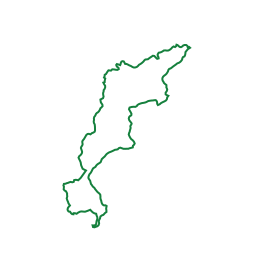 outline of Couto de Magalhães de Minas, Minas Gerais, Brazil, rotated 51°
{"feature_id": "56859067B29184273351224", "entity_name": "Couto de Magalhães de Minas", "entity_type": "district", "adm_level": 2, "iso_a3": "BRA", "parent_name": "Brazil", "parent_adm1": "Minas Gerais", "projection": "mercator", "projection_center": [-43.424, -18.078], "detail": "fine", "context": "isolated", "style": "outline", "palette": "green", "viewbox_px": 256, "rotation_deg": 51, "n_neighbors": 0, "source": "geoboundaries", "source_scale": "gbopen_adm2", "svg_char_len": 4781}
<svg xmlns="http://www.w3.org/2000/svg" viewBox="0 0 256 256"><g transform="rotate(51 128 128)"><path d="M128.4,76.4L127.2,77.0L125.6,77.6L124.2,76.5L123.8,74.8L122.9,73.4L121.7,72.9L120.5,72.6L119.6,71.7L118.7,71.1L117.0,71.5L115.4,71.7L114.3,71.3L113.2,71.3L112.0,70.8L110.9,69.9L110.2,68.4L110.1,66.8L110.2,65.5L110.1,64.1L109.7,62.7L109.1,61.2L108.3,60.1L108.0,58.7L108.5,57.5L108.6,55.8L108.6,54.1L108.7,52.5L108.8,51.0L108.8,49.0L109.4,47.3L109.5,45.6L109.3,44.3L108.9,42.9L108.0,41.9L107.5,40.6L107.9,39.1L107.3,37.8L106.3,36.6L105.2,35.6L104.8,33.9L104.4,31.8L104.7,29.3L103.4,29.5L102.7,30.7L101.6,30.2L100.2,30.5L99.1,31.8L98.6,33.2L98.8,34.3L98.5,36.0L97.5,36.8L96.2,37.1L94.7,37.3L93.8,37.9L94.7,39.2L94.7,40.5L93.3,41.3L93.2,42.9L93.5,44.4L93.5,46.2L93.2,47.8L92.4,49.0L91.2,50.1L90.3,51.4L90.2,52.9L90.0,54.1L89.6,55.3L88.8,56.8L89.5,58.7L90.7,59.5L92.0,59.7L93.2,60.4L92.6,61.8L91.4,62.0L90.1,62.1L88.6,62.2L87.5,63.2L87.4,64.5L87.2,66.4L87.1,68.0L87.1,69.2L86.5,70.2L85.7,71.4L85.7,72.6L86.1,74.3L86.2,76.4L86.1,78.0L85.8,79.6L86.1,81.3L86.1,82.7L85.6,84.1L84.8,85.3L83.5,86.1L81.7,86.7L80.1,87.6L78.8,88.1L77.2,88.9L76.4,89.9L75.0,89.6L73.6,89.4L72.7,90.1L72.3,91.2L72.8,92.5L73.6,93.4L74.2,94.5L72.7,95.4L71.3,96.4L71.6,97.5L73.2,98.0L75.2,97.5L76.4,98.1L76.2,99.6L75.2,100.7L73.7,102.0L72.5,103.3L72.7,105.1L71.7,106.1L70.9,106.9L71.3,108.5L71.7,109.7L72.2,111.1L72.0,112.6L73.1,113.7L73.7,114.9L75.2,114.5L76.4,116.1L77.7,117.3L77.2,118.6L78.9,119.0L80.8,119.2L82.0,120.1L82.9,121.6L83.3,123.1L84.3,124.0L85.2,125.4L86.6,126.4L88.2,127.2L89.1,128.6L88.8,130.2L88.5,131.5L89.6,132.2L91.1,133.0L92.5,133.1L93.7,133.2L95.0,134.0L95.3,135.7L95.3,137.0L96.1,138.4L96.7,140.0L96.9,141.5L96.7,142.7L96.9,144.0L97.8,145.7L98.2,147.4L99.2,148.6L100.2,149.2L101.3,150.5L102.6,151.3L104.2,151.6L105.8,152.6L106.9,153.4L107.9,154.2L109.1,155.1L109.9,156.2L109.8,157.7L109.3,159.2L109.3,161.2L107.9,162.1L107.2,163.2L107.2,164.8L107.8,166.3L108.4,167.9L108.9,169.2L109.1,170.4L109.6,171.9L110.8,172.8L112.0,173.4L112.8,174.6L113.1,175.9L113.9,177.2L115.8,177.9L117.4,178.5L118.3,179.3L118.8,180.3L119.2,181.9L119.2,183.6L119.9,185.1L121.3,185.5L122.8,185.8L124.9,186.4L126.3,187.2L127.6,187.9L129.4,188.4L131.1,188.9L132.4,188.4L133.5,187.9L134.6,187.4L137.0,196.1L137.3,199.6L136.3,200.3L135.4,201.2L134.6,202.6L135.7,204.1L135.1,205.5L133.8,206.5L133.3,207.7L132.9,209.1L132.4,210.2L132.0,211.6L131.1,213.0L132.1,214.4L133.1,214.6L134.2,215.6L135.2,216.6L136.7,216.6L138.2,216.0L140.5,216.5L141.7,217.5L142.9,218.2L144.1,219.9L146.1,220.7L147.7,221.1L149.1,221.7L150.6,221.8L151.7,221.9L151.9,223.5L152.3,225.0L153.2,226.2L154.3,226.7L155.5,226.7L156.6,225.7L158.2,225.9L159.8,225.6L160.7,224.7L160.0,223.9L160.9,222.8L162.3,221.9L162.4,219.8L162.9,217.8L163.6,216.6L164.7,215.5L166.0,214.1L166.5,212.8L167.0,211.4L167.4,210.1L167.8,208.8L169.5,208.7L171.3,208.5L173.2,207.8L174.6,206.7L176.3,207.5L178.0,208.0L178.9,208.6L179.8,209.7L180.5,210.9L181.5,212.0L182.5,213.1L183.0,214.2L182.4,215.7L181.4,216.8L183.0,217.5L184.1,216.5L184.6,214.9L185.1,213.6L185.0,212.0L184.0,210.5L183.0,209.9L181.9,209.3L181.2,208.0L180.7,206.7L179.4,205.1L179.5,203.2L180.0,201.8L179.8,200.6L179.6,199.4L179.7,197.6L178.4,196.6L177.0,195.8L175.9,194.6L175.2,193.7L174.0,194.1L173.0,195.4L171.6,195.9L170.1,195.7L168.8,195.2L167.5,194.5L166.1,194.1L164.9,193.4L163.6,192.3L162.3,191.5L160.8,191.5L159.6,191.8L158.2,192.0L156.2,192.0L154.8,192.0L153.3,191.8L151.3,192.2L149.7,192.0L148.2,192.0L146.7,191.3L145.1,190.6L143.5,190.5L142.4,190.4L141.4,189.8L140.5,188.6L139.7,187.1L139.4,185.3L138.9,183.9L138.4,182.8L137.8,181.6L137.4,180.3L137.6,178.9L137.7,177.6L137.2,176.4L137.0,174.8L137.1,173.4L137.3,172.2L137.3,170.7L136.5,169.3L135.7,168.0L135.6,166.7L135.5,165.4L135.5,164.1L135.1,162.5L134.8,161.0L134.9,159.3L135.1,157.9L135.6,156.5L136.1,154.7L136.5,153.0L136.7,151.9L137.5,150.6L138.1,149.4L137.9,147.8L138.4,146.4L139.7,145.6L141.2,144.7L142.5,143.2L143.5,141.8L144.3,140.9L144.7,139.6L145.4,138.1L146.1,136.5L144.9,135.3L144.8,133.9L144.3,132.6L142.8,132.1L141.6,132.0L140.2,132.1L138.7,132.5L137.0,132.4L135.1,132.0L133.5,131.5L132.5,130.2L132.0,129.1L131.2,128.2L130.4,127.0L129.6,125.9L128.4,125.3L127.7,124.5L127.4,123.2L126.7,122.3L125.5,122.2L124.1,122.2L122.7,122.1L121.2,121.5L120.3,120.4L120.0,119.2L120.2,117.5L119.2,116.4L117.5,116.0L115.6,115.7L114.0,115.4L113.1,113.9L113.9,112.0L115.0,110.3L116.2,109.0L116.5,107.4L116.1,106.2L116.3,104.5L116.9,102.7L117.5,101.3L118.4,99.8L119.2,98.1L119.5,96.8L119.8,95.3L120.6,93.8L121.6,92.2L122.3,91.3L122.8,90.3L123.8,88.9L125.4,88.8L126.5,89.3L127.6,90.1L129.0,90.3L129.5,88.3L129.4,86.9L129.6,85.6L129.9,84.2L130.3,82.7L130.5,81.0L130.0,79.5L128.9,78.3L128.4,76.4Z" fill="none" stroke="#15803d" stroke-width="2"/></g></svg>